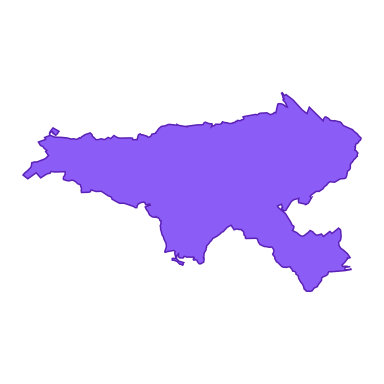 the district of Jibou, Salaj, Romania
{"feature_id": "2599482B62846653397775", "entity_name": "Jibou", "entity_type": "district", "adm_level": 2, "iso_a3": "ROU", "parent_name": "Romania", "parent_adm1": "Salaj", "projection": "equal_earth", "projection_center": [23.24, 47.26], "detail": "fine", "context": "isolated", "style": "filled", "palette": "violet", "viewbox_px": 384, "rotation_deg": 0, "n_neighbors": 0, "source": "geoboundaries", "source_scale": "gbopen_adm2", "svg_char_len": 6021}
<svg xmlns="http://www.w3.org/2000/svg" viewBox="0 0 384 384"><path d="M312.1,290.8L314.1,288.1L317.4,286.6L318.0,285.1L321.5,280.5L321.6,278.1L322.9,277.0L326.3,275.5L327.7,274.4L328.2,272.6L328.9,271.7L332.0,271.7L344.9,270.6L351.0,269.5L350.8,268.9L349.4,269.4L344.9,269.9L344.9,267.4L350.3,266.6L347.9,266.8L347.2,266.3L345.4,266.2L342.6,266.5L342.2,264.6L342.7,264.5L345.0,262.0L347.4,258.9L347.4,258.0L348.8,258.2L350.1,257.6L347.6,253.9L344.1,250.7L340.6,248.1L339.0,245.4L338.7,242.3L339.1,241.4L340.0,240.9L340.6,239.8L341.1,236.6L340.7,230.9L340.4,229.7L338.6,228.1L332.1,233.4L329.9,231.4L323.5,236.4L321.4,234.0L317.5,235.2L316.1,235.0L313.7,233.0L312.8,231.8L310.1,230.5L308.2,232.5L303.9,235.8L302.6,236.1L301.2,236.0L299.1,234.7L296.9,232.7L292.5,230.5L293.7,228.4L293.9,226.3L292.1,225.0L290.7,222.1L285.5,213.6L278.3,207.5L277.4,206.0L281.5,204.3L282.5,207.5L281.6,208.1L281.9,208.8L283.8,210.7L285.7,210.5L291.5,201.3L294.0,199.6L298.8,198.4L298.4,201.0L298.8,202.7L305.4,204.1L305.4,204.6L306.1,204.5L308.5,203.0L311.7,197.4L311.1,197.7L310.0,196.4L311.7,194.6L316.2,191.4L319.1,191.4L322.4,189.2L323.3,188.5L324.0,187.0L326.6,185.1L328.4,182.8L330.0,181.8L334.7,182.2L340.4,178.8L344.2,178.6L345.8,177.9L346.7,175.8L347.5,171.1L348.9,170.3L350.1,168.8L350.4,167.0L350.2,165.6L350.6,164.7L350.6,163.6L352.3,162.1L354.0,159.4L355.2,158.6L356.4,156.9L357.4,156.3L357.1,154.9L357.9,153.0L355.8,150.4L354.7,150.2L355.3,148.4L355.4,147.3L354.8,146.9L355.4,146.3L355.8,144.0L356.8,143.7L358.4,142.5L359.1,141.0L360.3,140.2L361.0,138.8L360.9,137.9L358.6,135.7L357.0,133.6L354.3,131.6L352.4,129.6L343.5,125.7L342.0,124.0L341.4,122.9L340.2,122.0L334.4,120.6L333.7,120.9L330.5,120.4L329.8,120.1L329.6,119.5L328.3,118.3L325.9,116.9L324.8,117.2L323.5,119.2L323.2,120.9L309.3,107.2L306.9,113.6L302.4,110.1L293.0,99.9L286.1,94.6L284.4,95.6L282.3,92.7L281.5,93.2L282.9,96.1L282.7,96.8L283.1,97.8L284.1,98.6L284.0,99.2L283.1,99.5L283.2,100.3L285.3,102.6L287.3,107.1L286.2,106.9L283.3,104.6L281.8,104.0L279.8,103.6L278.4,103.8L277.8,104.1L275.8,112.8L274.3,112.5L273.6,113.4L270.4,114.7L266.9,112.8L260.2,113.2L258.8,113.7L258.3,114.3L257.1,114.9L255.8,114.4L243.1,116.7L243.1,117.4L243.9,118.2L243.6,119.4L241.5,119.9L240.2,120.7L237.4,120.4L237.0,121.1L235.5,121.5L235.2,122.4L233.1,122.6L232.3,123.3L229.1,123.5L227.0,122.7L224.9,122.6L222.5,121.8L221.9,122.5L221.9,123.5L219.8,124.3L215.6,124.2L214.3,125.7L212.6,125.9L211.4,126.8L212.2,124.1L211.9,123.8L209.0,123.6L205.3,122.2L204.1,122.8L203.1,124.5L202.0,124.8L196.9,124.9L186.6,126.3L186.8,126.7L178.8,125.4L177.0,124.4L177.0,124.8L176.6,125.2L169.5,124.4L167.9,124.6L165.2,125.8L161.4,126.4L158.7,128.7L156.5,131.9L155.7,132.5L155.7,133.3L151.8,134.2L151.1,135.8L149.9,136.8L148.2,137.2L147.3,136.7L147.2,136.3L142.4,134.7L141.2,134.8L140.3,133.9L139.3,134.2L138.4,134.9L137.3,138.7L137.3,139.6L132.8,139.7L132.5,138.2L130.9,137.9L119.6,138.1L117.0,137.4L113.9,135.5L110.8,138.6L108.1,137.4L105.2,139.4L103.9,139.5L101.2,138.7L98.9,139.5L95.9,139.7L94.1,137.6L92.4,136.4L92.1,134.8L90.3,132.9L85.1,134.6L81.4,137.0L80.8,137.9L80.2,138.1L79.3,137.7L78.4,138.6L76.3,139.4L73.4,138.7L71.6,139.1L67.4,138.0L61.9,137.4L55.0,137.2L49.9,135.2L49.8,132.9L51.1,132.1L51.0,131.6L52.6,131.8L52.9,132.2L52.8,132.7L53.3,133.1L53.1,133.5L54.1,133.7L54.1,134.1L55.7,135.3L57.3,133.8L59.0,131.3L53.0,127.9L50.3,131.3L49.5,133.0L49.7,135.5L44.6,137.5L45.7,139.1L45.5,139.5L38.4,142.0L40.5,145.5L42.9,146.5L44.0,148.2L46.9,150.5L45.6,151.5L48.6,155.7L47.3,156.5L47.0,157.2L45.5,158.4L44.3,159.1L36.8,162.0L34.8,161.9L31.8,162.7L31.3,166.2L30.5,167.7L27.3,170.9L24.9,172.8L23.0,175.0L27.8,178.8L36.2,172.8L40.7,177.9L46.9,173.9L50.1,173.2L50.9,171.7L51.3,171.5L54.8,172.0L65.0,171.7L65.2,173.4L64.8,175.1L63.5,177.1L63.3,178.5L63.5,179.5L66.8,180.6L68.9,180.9L71.3,180.3L73.3,180.3L75.8,181.9L77.8,183.8L80.3,184.6L80.7,186.5L81.5,188.1L81.2,190.6L81.5,192.5L88.0,192.3L90.1,191.9L90.8,190.8L91.1,189.9L96.0,191.5L101.4,191.3L108.0,195.7L110.7,196.8L111.5,197.4L112.1,199.2L118.2,202.6L119.9,203.3L123.5,203.2L125.2,203.6L133.2,206.3L135.5,207.7L136.9,207.6L137.1,206.1L138.0,204.2L140.9,202.6L143.2,202.1L144.7,202.4L145.8,204.8L149.7,204.0L150.2,205.3L148.7,205.5L145.2,207.0L146.7,210.1L147.7,211.0L149.5,214.9L152.3,216.9L155.2,217.3L155.8,216.7L155.9,217.0L157.2,217.4L157.3,217.7L158.1,217.6L159.4,218.8L159.8,220.2L160.7,221.4L161.1,221.2L160.8,224.1L160.2,226.0L160.6,227.4L160.6,229.1L162.2,235.1L163.3,236.6L164.0,239.1L166.0,243.3L166.4,246.8L164.8,251.5L164.9,252.1L165.3,252.3L167.8,251.5L173.6,250.5L174.6,250.9L175.1,251.4L174.7,253.4L175.9,257.8L175.1,258.6L173.5,258.2L172.2,258.5L172.3,260.2L174.1,260.3L176.7,261.3L177.5,261.8L179.7,264.2L180.6,264.2L182.7,265.2L183.2,264.3L182.9,263.8L183.8,262.6L178.3,260.9L177.6,259.6L176.4,258.8L176.9,255.5L178.5,253.8L178.5,256.3L179.3,257.8L183.0,258.0L183.7,257.2L183.9,256.5L184.2,256.4L185.1,256.4L186.5,257.1L193.6,257.1L194.3,257.5L194.3,257.9L193.2,259.1L193.7,260.1L196.3,259.9L196.9,260.3L197.5,261.8L199.1,263.7L199.8,263.9L201.0,263.7L203.7,262.1L204.1,259.3L204.0,258.0L203.6,258.1L203.4,257.2L204.0,255.9L203.9,254.9L204.3,252.7L206.0,250.0L206.1,248.5L206.6,247.3L206.4,246.3L207.0,245.5L209.0,243.4L209.7,242.2L211.3,240.7L212.7,238.5L217.0,236.2L220.2,233.8L221.8,232.1L223.2,231.7L227.1,227.4L231.1,225.2L234.1,229.8L236.8,228.9L238.9,229.5L241.2,229.5L241.9,230.5L242.8,230.8L243.8,232.4L244.0,234.9L245.4,236.4L245.6,237.2L245.3,237.9L245.9,238.5L256.1,238.3L257.4,239.0L258.5,242.3L260.1,244.6L264.3,246.5L266.7,246.7L269.1,247.3L271.7,247.0L273.1,248.6L274.0,250.8L273.1,253.6L272.7,253.9L272.8,254.6L274.8,257.0L274.8,258.7L276.6,261.9L277.8,262.5L281.9,266.6L283.3,267.2L286.6,267.4L288.7,266.8L290.2,266.8L290.2,267.4L291.9,269.2L292.8,271.2L294.1,271.3L295.3,271.9L295.9,272.7L295.9,274.1L298.1,275.6L298.7,278.5L300.7,282.0L302.5,284.2L303.5,286.3L304.2,289.1L305.2,289.5L305.1,289.9L305.9,290.3L306.3,291.2L310.5,291.3L312.1,290.8Z" fill="#8b5cf6" stroke="#5b21b6" stroke-width="1.5"/></svg>